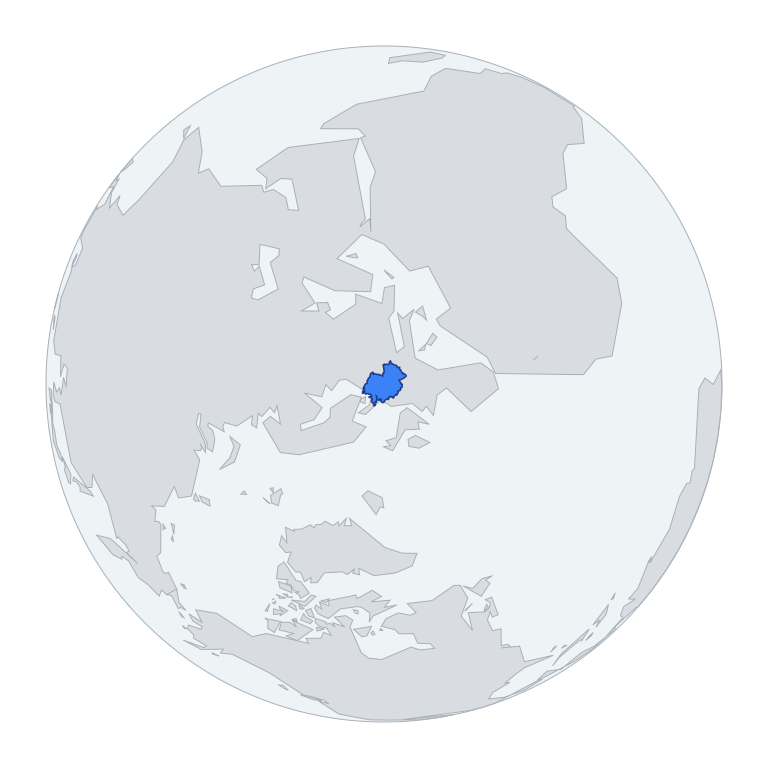 Germany on an orthographic globe, rotated 221°
{"feature_id": "DEU", "entity_name": "Germany", "entity_type": "country or territory", "adm_level": 0, "iso_a3": "DEU", "parent_name": "Europe", "parent_adm1": "", "projection": "orthographic", "projection_center": [10.44, 51.169], "detail": "fine", "context": "on_globe", "style": "filled", "palette": "blue", "viewbox_px": 768, "rotation_deg": 221, "n_neighbors": 0, "source": "natural_earth", "source_scale": "50m", "svg_char_len": 16083}
<svg xmlns="http://www.w3.org/2000/svg" viewBox="0 0 768 768"><g transform="rotate(221 384 384)"><circle cx="384" cy="384" r="338" fill="#eef3f6" stroke="#a8b0b8"/><path d="M46.1,381.4L47.1,380.9L49.7,359.6L50.2,351.1L48.8,351.3L53.0,319.9L58.3,299.9L90.8,216.1L98.3,203.5L105.1,193.8L149.4,143.3L114.6,180.1L125.5,166.4L140.5,150.1L139.7,151.4L160.0,133.4L174.3,121.3L201.3,105.4L225.0,101.7L215.8,106.5L222.6,105.7L234.6,99.9L240.8,96.4L280.4,90.9L321.2,80.5L330.9,73.6L331.3,78.5L347.5,63.9L367.6,59.0L346.8,67.0L346.2,69.9L360.8,67.3L363.3,69.9L371.8,70.3L373.4,73.8L361.2,78.9L362.0,81.5L372.3,79.7L380.5,82.5L365.2,84.7L377.9,90.1L359.7,101.2L317.6,106.9L309.3,118.3L270.7,138.8L276.0,140.8L264.8,150.7L266.7,156.9L259.0,159.6L267.2,162.3L273.9,158.7L279.7,158.9L281.5,162.4L272.0,166.2L269.7,165.0L267.8,168.0L262.3,168.5L266.0,170.2L254.3,174.8L268.4,175.6L261.1,183.9L252.6,185.5L250.4,178.3L225.0,166.4L215.7,167.0L204.9,174.6L191.1,203.0L182.1,207.1L172.3,217.8L178.6,218.4L188.6,210.4L197.9,214.9L209.0,205.2L214.4,205.9L227.1,199.5L228.5,208.3L223.0,220.6L212.5,226.7L209.8,232.5L222.4,233.6L205.6,252.1L199.1,277.7L194.4,282.1L180.3,277.4L173.5,259.5L155.3,256.0L170.4,266.6L158.3,278.4L157.7,284.1L160.3,288.6L166.2,287.6L162.8,293.7L146.5,284.8L149.4,279.1L154.5,281.8L151.2,273.8L140.2,269.0L135.0,276.0L123.9,263.5L120.0,268.6L115.4,269.1L122.4,261.7L109.7,275.1L95.8,266.5L78.3,290.3L91.9,261.8L94.6,249.7L96.3,237.9L93.3,241.4L99.6,222.5L98.3,215.1L87.5,226.7L77.1,245.5L71.1,264.3L74.0,262.4L72.4,274.3L63.3,284.8L58.7,311.1L53.3,324.1L50.6,338.9L50.8,348.6L50.3,364.5L53.5,364.2L57.1,373.3L53.4,386.2L58.3,382.3L58.3,396.2L67.7,423.2L66.0,423.9L73.3,461.8L87.1,492.7L90.3,507.5L88.1,510.2L94.2,520.2L94.3,524.0L123.9,562.1L143.4,587.3L145.7,599.1L135.1,599.7L139.1,615.5L127.6,604.1L112.5,585.2L98.8,565.2L86.5,544.3L75.8,522.6L66.7,500.2L59.2,477.1L53.3,453.6L49.2,429.7L46.8,405.6L46.1,381.4ZM73.2,296.4L68.4,333.7L66.3,319.8L67.6,320.7L69.8,309.6L72.3,293.0L71.9,281.9L73.2,296.4ZM81.9,296.3L82.4,290.9L82.6,295.3L81.9,296.3ZM243.2,94.6L234.6,99.6L222.8,104.2L229.7,99.6L243.2,94.6ZM265.9,87.8L262.6,90.4L255.3,90.1L259.5,88.7L265.9,87.8ZM337.3,68.5L329.8,70.5L336.2,67.8L337.3,68.5ZM372.7,69.8L374.0,68.6L377.8,69.4L372.7,69.8ZM225.5,195.2L226.2,197.3L223.4,197.3L225.5,195.2ZM230.2,190.5L226.5,189.1L228.2,186.7L230.5,187.6L230.2,190.5ZM383.9,75.6L389.7,77.7L381.7,76.4L383.9,75.6ZM234.4,192.9L231.7,182.7L234.8,178.7L246.0,178.9L234.4,192.9ZM391.6,79.5L405.7,85.0L409.9,82.5L406.0,93.3L395.3,84.6L384.8,83.3L391.3,82.0L391.6,79.5ZM275.3,156.1L268.2,160.0L272.4,153.6L275.3,156.1ZM276.5,152.0L281.2,133.3L292.5,129.7L288.6,136.4L301.9,129.6L305.1,137.0L298.6,142.4L290.6,143.2L297.9,145.5L276.5,152.0ZM401.6,98.7L403.1,101.1L399.1,99.6L401.6,98.7ZM282.4,158.4L282.3,154.8L292.1,151.3L294.0,158.0L290.3,157.0L282.4,158.4ZM303.8,124.5L311.4,123.3L316.1,128.9L319.7,129.3L306.2,136.9L303.8,124.5ZM288.9,159.5L294.7,161.6L291.8,166.6L283.1,161.8L288.9,159.5ZM293.8,147.7L298.6,146.4L296.6,149.3L293.8,147.7ZM284.4,186.0L284.1,181.3L289.1,179.0L284.4,186.0ZM297.1,162.1L298.1,160.4L300.1,159.1L303.2,161.5L297.1,162.1ZM310.4,140.5L310.8,143.2L316.2,137.6L320.0,141.9L310.2,146.4L316.0,146.3L317.2,147.6L307.9,149.8L310.4,140.5ZM312.3,160.1L301.2,167.8L300.6,176.9L296.1,179.1L297.8,164.2L312.3,160.1ZM310.5,153.8L310.6,158.2L304.9,158.5L301.4,155.7L310.5,153.8ZM326.0,143.4L322.8,135.6L325.0,135.0L326.0,143.4ZM313.2,162.6L315.9,160.8L313.8,163.2L313.2,162.6ZM323.3,149.1L321.9,146.4L324.5,145.7L323.3,149.1ZM322.4,159.5L318.8,161.9L316.3,160.0L322.4,159.5ZM323.7,154.7L327.6,154.4L317.5,157.9L322.6,153.5L323.7,154.7ZM326.0,148.9L327.0,147.6L326.2,150.2L326.0,148.9ZM333.9,165.7L321.8,170.5L316.3,166.1L328.8,162.0L333.9,165.7ZM721.4,365.4L721.5,369.4L719.8,361.8L718.6,364.8L715.1,349.5L706.7,336.7L706.8,353.0L703.2,344.4L691.7,340.1L689.8,363.4L689.2,413.0L695.2,436.9L692.3,456.1L673.7,440.1L662.4,421.2L657.5,431.4L636.8,426.2L606.5,453.8L600.5,449.9L595.2,458.2L580.3,460.4L570.6,452.8L562.3,459.0L587.9,478.2L596.6,471.5L601.4,453.8L607.2,462.5L621.2,462.2L611.6,499.5L563.8,553.0L556.5,536.1L506.2,496.2L506.2,488.9L505.9,488.2L505.1,487.0L503.3,499.5L493.7,490.2L523.4,523.2L529.6,538.6L563.2,554.5L560.7,558.8L570.7,559.8L599.4,535.1L600.2,541.3L588.2,577.2L546.1,631.3L550.2,647.5L544.6,662.6L515.1,681.4L514.4,688.3L498.7,695.6L495.6,699.3L481.1,705.8L458.2,712.9L422.6,718.7L422.9,717.2L409.0,714.0L390.8,696.9L402.4,685.2L400.3,675.5L374.3,651.2L380.2,635.5L372.6,628.5L357.3,629.9L348.2,621.0L338.7,620.2L277.6,616.9L257.5,600.8L230.2,554.8L240.3,541.9L239.6,521.9L306.7,465.1L323.7,472.0L379.6,464.7L387.1,467.3L383.5,485.0L427.9,502.0L438.7,486.1L475.9,489.6L498.8,482.2L501.7,447.8L464.2,459.2L454.7,444.9L482.4,422.1L514.7,412.2L512.1,406.4L489.2,399.8L494.1,385.1L480.9,396.4L488.1,401.0L480.1,408.5L473.1,404.9L475.1,399.6L464.6,399.8L457.7,425.8L464.3,433.2L438.4,443.4L446.9,457.1L440.8,465.4L424.2,445.5L423.9,437.0L395.1,415.8L393.1,425.5L420.1,446.5L412.8,445.6L410.3,460.1L406.4,448.4L377.5,424.0L352.5,430.0L324.9,463.5L309.4,464.7L294.5,455.6L300.2,420.4L334.2,422.0L336.7,410.6L326.1,392.7L337.4,395.0L337.2,388.3L349.7,388.0L363.7,371.9L375.9,370.0L377.9,348.9L384.4,345.4L381.4,358.6L385.7,367.3L415.5,362.8L420.2,357.6L419.2,344.6L427.5,345.5L422.6,333.5L438.1,325.0L415.2,325.6L413.3,311.4L420.7,298.8L416.0,294.5L403.9,315.2L402.9,323.5L408.5,330.3L401.9,354.3L392.4,359.2L383.7,335.2L369.3,339.9L368.9,320.1L401.7,274.9L417.2,264.3L450.0,275.2L448.4,285.0L435.8,285.8L450.6,297.6L447.9,290.6L454.8,291.6L454.8,279.2L459.7,279.4L451.3,267.4L457.3,266.3L462.5,273.9L467.6,255.5L479.1,250.4L477.9,246.3L473.3,243.2L491.0,239.4L489.3,236.5L482.9,236.6L475.3,231.2L468.9,220.3L475.4,219.5L478.6,223.3L495.0,230.6L502.5,241.5L504.5,240.1L499.5,230.6L479.5,221.6L473.8,215.3L483.7,218.2L479.6,216.6L478.8,213.3L484.1,209.5L473.4,205.9L455.8,173.2L464.3,163.3L475.0,169.0L469.5,147.5L479.5,139.5L473.5,139.4L466.9,130.0L463.7,132.3L460.3,131.6L441.8,110.2L442.4,105.1L427.7,97.2L424.6,97.4L423.3,100.6L406.0,93.3L409.9,82.5L416.7,82.6L414.5,76.4L430.3,77.8L442.3,76.7L460.7,82.9L468.7,82.0L466.9,79.7L476.3,77.3L501.8,81.4L489.0,87.9L452.2,86.9L467.9,87.8L466.6,90.7L473.7,93.2L484.6,94.0L484.4,92.1L513.7,112.1L544.4,124.5L536.6,114.3L540.3,110.9L568.5,119.4L615.3,156.3L620.7,154.8L626.7,158.9L634.5,168.9L626.0,163.1L626.4,168.1L620.4,163.7L630.2,178.8L622.0,173.2L633.6,188.4L638.5,189.0L632.9,177.1L646.5,193.5L651.6,190.7L661.5,199.7L684.3,237.3L693.5,262.7L696.0,267.5L694.8,271.2L700.6,288.9L708.7,295.2L711.1,301.9L717.0,330.9L715.8,326.5L712.7,336.4L717.5,355.5L720.0,352.1L721.0,358.6L721.4,365.4ZM287.1,499.7L286.0,505.9L286.0,506.0L287.1,499.7ZM551.7,417.4L569.2,408.0L556.5,392.1L562.2,387.4L555.8,384.0L555.5,391.1L539.2,380.6L545.0,369.9L540.4,361.9L534.3,364.8L526.2,386.3L549.6,401.1L547.6,411.9L551.7,417.4ZM68.1,423.8L68.7,429.6L66.9,425.3L68.1,423.8ZM63.5,322.8L63.7,328.7L63.0,333.6L62.4,329.9L63.5,322.8ZM71.1,370.5L72.5,378.1L70.0,372.4L71.1,370.5ZM68.3,339.3L69.9,365.0L65.2,355.6L64.5,339.5L66.4,347.5L68.3,339.3ZM76.8,300.7L76.3,305.1L74.8,306.3L76.8,300.7ZM82.1,299.7L81.9,298.5L83.2,294.9L82.1,299.7ZM159.3,278.8L160.5,279.8L162.0,285.1L159.0,284.2L159.3,278.8ZM182.4,301.1L176.4,310.5L178.6,302.8L173.3,303.0L171.3,287.6L191.9,283.5L182.9,287.9L182.4,301.1ZM174.4,266.7L173.3,276.4L173.7,266.0L174.4,266.7ZM324.3,353.3L329.6,358.1L326.5,365.8L311.1,369.9L315.5,358.5L324.3,353.3ZM338.0,363.2L333.7,339.3L343.1,336.3L338.6,341.9L345.2,342.4L339.7,351.6L352.8,372.9L351.0,381.3L323.5,383.2L333.5,377.7L327.7,373.1L338.0,363.2ZM306.2,289.1L304.4,280.3L327.1,285.1L326.1,292.9L310.7,297.0L302.8,290.3L306.2,289.1ZM254.8,196.0L252.6,193.4L255.3,192.2L259.2,193.4L254.8,196.0ZM283.8,184.0L266.8,206.3L263.5,204.4L257.5,220.6L246.5,222.0L250.7,211.2L237.7,224.8L237.2,215.7L229.3,225.7L240.0,201.7L238.9,194.6L244.3,201.9L254.5,200.8L258.5,198.1L269.4,185.6L272.1,170.4L282.7,167.4L289.4,169.3L290.3,172.5L283.2,173.3L289.6,177.0L279.9,180.7L283.8,184.0ZM361.8,202.3L353.1,200.5L364.3,211.3L354.8,213.9L356.7,215.0L350.9,220.6L347.2,229.4L342.4,229.4L343.1,232.9L339.3,236.9L338.5,241.8L329.7,243.7L328.1,250.0L324.8,247.4L324.4,257.8L320.8,251.0L315.5,255.9L321.8,259.9L276.1,261.2L259.7,268.0L248.0,277.8L243.4,265.5L251.4,248.9L265.8,232.8L282.3,228.3L277.2,224.0L283.6,220.7L284.9,225.5L286.6,216.2L292.2,214.9L305.1,202.4L304.1,190.5L308.8,185.9L312.0,190.0L314.4,182.7L323.6,187.3L327.2,184.3L339.8,186.2L343.9,196.3L347.6,192.2L357.3,193.8L361.8,202.3ZM337.4,166.5L344.5,177.2L342.7,184.1L321.5,178.0L317.0,180.2L303.3,177.2L306.1,167.4L309.8,169.1L314.0,168.5L311.4,171.7L316.6,168.7L321.8,171.1L327.3,169.5L328.1,173.3L337.4,166.5ZM393.9,460.1L399.3,460.4L407.5,458.8L406.0,468.2L393.9,460.1ZM373.8,443.8L378.5,442.4L380.5,454.2L374.8,454.1L373.8,443.8ZM379.5,431.9L378.6,441.4L375.7,436.2L379.5,431.9ZM385.5,356.8L390.3,354.8L391.5,357.7L389.6,362.5L385.5,356.8ZM393.0,237.4L388.3,234.6L389.3,232.7L384.0,222.8L390.7,220.5L396.5,225.5L393.0,237.4ZM496.3,455.6L490.7,464.0L486.7,462.1L489.5,459.6L496.3,455.6ZM446.9,468.4L459.0,470.0L446.4,470.9L446.9,468.4ZM399.3,233.1L396.4,229.3L401.5,230.5L399.3,233.1ZM395.3,218.3L401.0,218.8L390.9,219.1L395.3,218.3ZM593.7,634.1L566.9,664.8L553.5,672.2L553.7,668.6L565.5,652.7L582.0,640.1L590.9,629.0L593.7,634.1ZM721.9,389.2L719.0,387.3L720.1,378.1L721.7,370.6L721.9,389.2ZM696.3,437.8L701.8,444.4L699.6,451.9L696.3,437.8ZM699.4,273.3L701.2,281.1L699.5,278.4L696.2,266.9L699.4,273.3ZM669.1,208.0L675.4,216.0L677.9,220.0L675.7,218.1L669.1,208.0ZM452.0,211.6L452.0,227.6L456.3,238.5L465.7,243.2L452.5,243.8L445.7,227.0L452.0,211.6ZM454.7,177.8L446.4,174.4L449.9,171.8L452.3,172.2L454.7,177.8ZM449.8,178.6L440.0,182.2L435.2,177.7L444.0,175.7L449.8,178.6ZM419.9,207.0L419.4,211.7L415.2,210.5L419.9,207.0ZM689.5,239.6L684.6,230.2L681.6,224.1L686.1,232.6L689.5,239.6ZM623.6,150.3L620.1,148.2L615.3,142.6L619.1,145.6L623.6,150.3ZM596.3,124.2L612.9,140.5L625.6,154.8L625.1,152.8L634.1,161.2L631.1,161.1L617.0,146.9L608.6,137.3L600.7,131.7L590.4,122.8L582.2,119.2L575.6,114.5L580.3,115.1L596.3,124.2ZM579.0,118.1L561.2,110.5L555.1,103.0L557.7,103.0L568.4,109.4L571.0,113.0L579.0,118.1ZM555.1,106.7L557.3,110.2L535.8,110.4L529.8,108.7L543.0,103.7L545.8,106.9L552.2,108.4L555.1,106.7ZM406.2,100.0L403.4,101.0L404.1,98.9L406.2,100.0ZM458.7,133.1L454.2,131.9L455.2,129.1L458.7,133.1ZM442.4,127.1L444.4,131.0L439.6,127.1L442.4,127.1ZM449.5,139.9L443.9,132.7L453.1,139.2L449.5,139.9Z" fill="#d9dde1" stroke="#a8b0b8" stroke-width="1"/><path d="M380.4,405.5L379.0,404.6L377.8,404.6L377.6,404.4L377.3,404.4L377.2,404.4L376.8,404.0L376.6,403.9L376.3,404.0L376.1,404.2L375.9,404.4L376.0,404.6L376.5,404.6L376.5,404.8L376.2,404.9L376.1,405.0L375.6,404.9L375.1,404.9L374.7,405.0L374.0,405.1L373.1,405.0L372.6,404.8L372.4,404.4L372.5,403.8L372.7,403.0L372.8,402.4L372.7,402.1L372.9,401.5L373.3,400.8L373.5,400.1L373.7,399.3L373.9,398.8L374.2,398.4L375.1,397.3L375.1,396.8L374.6,396.6L373.1,396.2L372.7,396.1L372.5,395.7L372.3,395.6L371.9,395.8L371.5,395.8L371.2,395.7L371.0,395.8L370.9,395.8L370.8,395.4L370.3,395.2L370.2,395.3L369.9,395.5L369.7,395.5L369.2,394.5L369.1,394.4L369.0,394.1L368.7,393.8L368.5,393.7L368.3,393.7L368.3,393.3L368.5,392.8L368.6,392.6L368.8,392.4L368.9,392.2L369.0,391.9L369.0,391.7L368.4,391.4L368.1,391.2L367.7,390.6L367.6,390.2L367.6,389.9L367.7,389.6L367.9,389.1L368.7,388.6L368.6,388.1L368.6,387.8L368.5,387.6L368.1,387.5L368.0,387.3L368.0,387.2L368.3,386.9L368.0,386.7L367.9,386.4L367.5,386.1L367.4,386.0L367.7,385.1L367.5,384.8L367.4,384.6L367.1,384.6L367.0,384.4L367.1,384.2L367.3,384.2L368.1,383.7L367.9,383.5L367.9,383.2L368.3,382.4L368.4,382.1L368.4,381.9L368.4,381.7L368.1,381.0L368.1,380.8L368.0,380.6L367.6,380.0L367.6,379.8L367.9,379.6L368.5,379.3L368.9,379.6L369.1,379.7L369.4,379.5L369.7,379.6L370.6,379.3L370.7,379.1L370.8,379.0L370.8,378.9L370.5,378.5L370.5,378.4L370.6,378.2L370.8,378.1L371.0,378.0L371.5,377.6L371.7,377.2L371.7,376.6L371.6,376.3L371.5,376.2L371.0,376.2L370.7,376.0L370.6,375.8L370.6,375.6L370.7,375.4L370.6,375.2L370.8,375.0L371.7,375.1L371.8,375.0L371.9,374.4L372.2,373.6L372.4,373.1L372.5,372.9L372.5,371.8L372.6,371.3L372.4,371.0L372.1,370.7L372.2,370.1L372.3,369.7L372.7,369.1L373.0,368.9L374.2,368.9L375.5,369.0L376.0,369.9L375.8,370.3L376.1,370.5L376.3,370.5L376.4,370.1L376.5,369.7L377.0,369.9L377.2,370.1L377.2,370.8L377.3,369.8L377.2,369.2L377.3,368.5L377.5,368.2L378.6,368.2L379.7,368.1L380.1,368.4L381.0,369.6L381.3,369.9L381.7,369.9L381.2,369.6L380.1,368.1L379.7,367.9L379.2,367.8L378.9,367.7L378.7,367.5L378.7,367.3L378.7,365.7L378.3,365.4L378.1,365.5L377.8,365.5L377.8,365.1L377.8,364.9L378.5,364.7L378.9,364.5L378.9,364.1L378.7,363.8L378.4,363.1L378.0,362.6L378.0,361.9L378.8,362.0L379.7,362.3L380.0,362.5L380.3,362.5L380.8,362.3L381.2,362.3L381.4,362.4L381.6,362.4L381.6,362.5L382.1,362.7L382.3,363.0L382.6,363.3L382.6,363.9L382.3,364.3L382.0,364.5L383.0,364.4L383.2,364.9L383.7,364.7L385.0,365.4L385.8,365.1L386.0,365.1L386.1,365.6L386.0,366.2L385.3,366.9L385.4,367.2L385.7,367.3L386.3,367.2L387.3,367.6L387.5,367.5L388.4,366.6L388.7,366.4L389.8,366.3L390.0,365.9L390.4,365.6L390.7,365.2L391.3,364.4L392.9,364.7L393.3,365.5L394.4,366.3L395.3,366.2L395.7,366.9L395.9,367.9L396.2,368.2L396.5,368.4L397.3,368.6L397.5,369.6L398.0,371.2L398.0,371.6L397.9,372.2L397.7,372.7L397.3,373.0L397.1,373.3L397.1,373.6L397.6,374.1L398.6,374.9L399.0,375.6L398.8,376.1L398.8,376.6L398.9,376.8L399.1,377.0L399.3,377.2L399.4,377.4L399.4,377.8L399.4,378.0L399.6,378.2L399.5,378.5L399.4,379.2L399.2,379.7L399.3,380.0L399.5,380.4L399.7,380.6L399.7,380.8L399.7,381.3L400.4,381.8L400.5,381.9L400.6,382.3L400.9,383.0L400.7,383.9L400.6,384.4L400.2,385.4L400.1,385.6L399.9,385.6L399.7,385.5L399.5,385.4L399.5,385.1L399.4,385.0L399.3,384.8L399.2,384.6L398.4,384.4L398.2,384.4L398.2,384.6L398.3,384.9L398.6,385.1L398.0,385.5L397.6,385.7L397.3,385.8L396.9,386.1L396.2,386.4L395.6,386.5L395.3,387.0L395.2,387.1L394.9,387.1L394.7,387.2L394.6,387.3L394.3,387.7L393.7,387.8L393.5,388.3L393.4,388.3L393.1,388.3L392.7,388.2L392.5,388.3L392.3,388.4L391.9,388.5L391.6,388.7L391.2,389.2L391.0,389.6L390.9,389.7L390.8,389.4L390.4,389.0L390.2,389.0L390.4,389.6L390.6,389.8L390.7,390.2L391.0,390.6L391.4,390.8L391.7,391.1L391.9,391.4L391.9,391.5L391.4,392.3L391.5,392.5L391.9,392.9L392.1,393.3L392.4,393.9L392.6,394.2L393.1,394.7L393.5,394.7L393.9,395.1L394.4,395.7L394.8,395.9L395.0,396.0L395.5,396.7L395.6,396.8L396.0,396.8L396.6,397.2L396.9,397.6L397.1,397.9L397.1,398.0L397.1,398.7L397.0,398.9L396.8,399.2L396.6,399.3L395.9,399.0L395.6,400.1L395.5,400.3L395.3,400.5L394.4,400.9L393.7,401.3L393.3,401.6L393.1,401.9L393.1,402.1L393.9,403.2L394.0,403.6L393.7,404.2L394.3,404.3L394.4,404.5L394.4,405.0L394.3,405.4L394.3,405.6L394.1,405.6L393.7,405.4L393.4,405.2L393.3,404.9L393.3,404.7L392.9,404.5L392.6,404.6L392.3,404.7L392.1,404.7L391.9,404.5L391.6,404.4L391.0,404.3L391.0,404.7L390.9,404.8L389.1,405.1L388.5,405.3L388.1,405.6L387.8,405.7L387.7,405.8L387.4,406.0L387.1,406.1L386.4,406.2L386.2,406.2L385.8,405.8L385.7,405.6L385.2,405.5L384.9,405.3L384.2,405.4L383.9,406.1L383.7,406.4L383.5,406.7L383.2,406.9L383.0,406.7L383.0,406.4L382.6,406.3L382.5,406.2L382.5,405.9L382.4,405.8L382.1,405.6L381.6,405.3L381.3,405.2L381.1,405.3L380.9,405.5L380.5,405.4L380.4,405.5ZM395.2,364.8L395.3,365.2L395.2,365.4L394.8,365.1L394.5,365.1L394.2,365.6L393.5,365.2L393.3,365.0L393.3,364.8L393.4,364.1L393.4,363.9L393.5,363.7L393.6,363.4L393.9,363.0L394.2,363.0L394.3,363.3L394.4,363.5L394.9,363.7L395.0,363.8L394.8,364.2L394.8,364.3L394.8,364.6L395.2,364.8ZM397.1,367.3L397.0,367.5L396.5,367.8L396.1,367.7L396.0,367.4L396.1,367.0L395.9,366.8L395.7,366.7L395.7,366.3L397.1,367.3ZM376.7,362.6L376.7,361.9L377.1,361.0L377.3,361.0L377.1,361.2L377.1,361.4L377.0,361.7L377.0,361.9L377.9,362.0L376.9,362.2L376.7,362.6ZM386.9,364.8L386.4,364.8L386.2,364.6L386.1,364.3L386.2,364.2L386.7,364.3L386.9,364.7L386.9,364.8ZM377.7,363.0L377.2,363.1L377.1,362.9L377.3,362.8L377.4,362.7L377.6,362.8L377.7,363.0Z" fill="#3b82f6" stroke="#1e3a8a" stroke-width="1.5"/></g></svg>